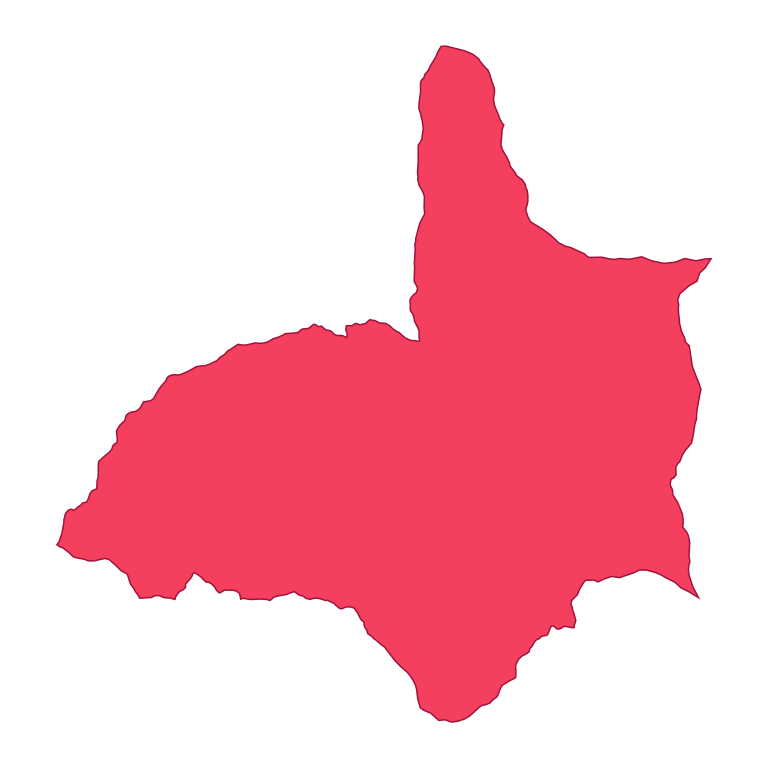 Lauri, Samdrup Jongkhar, Bhutan
{"feature_id": "84629894B60450500664281", "entity_name": "Lauri", "entity_type": "district", "adm_level": 2, "iso_a3": "BTN", "parent_name": "Bhutan", "parent_adm1": "Samdrup Jongkhar", "projection": "natural_earth1", "projection_center": [91.92, 27.142], "detail": "fine", "context": "isolated", "style": "filled", "palette": "rose", "viewbox_px": 768, "rotation_deg": 0, "n_neighbors": 0, "source": "geoboundaries", "source_scale": "gbopen_adm2", "svg_char_len": 6076}
<svg xmlns="http://www.w3.org/2000/svg" viewBox="0 0 768 768"><path d="M56.9,544.7L60.0,546.9L61.9,547.3L64.2,548.8L69.7,553.2L73.3,556.8L76.2,557.7L84.7,559.4L88.3,560.8L93.9,560.9L104.7,558.5L109.0,559.4L115.3,565.0L121.1,570.7L127.3,574.1L130.0,582.7L131.1,584.9L133.6,588.3L135.2,591.3L138.3,595.4L139.7,598.2L151.3,597.5L155.2,595.6L159.6,595.7L164.2,597.7L169.7,598.0L174.9,599.4L175.5,597.4L177.1,594.3L179.6,591.5L182.8,589.9L184.8,588.4L185.6,586.8L185.6,584.1L190.4,578.6L191.9,576.3L193.0,573.5L194.8,572.8L198.6,575.2L201.3,577.3L203.4,579.6L205.9,581.9L208.8,582.4L211.3,583.7L214.6,586.8L216.3,590.0L218.5,592.3L219.5,592.9L221.5,592.0L224.4,590.1L233.4,590.2L236.6,591.3L239.3,593.2L239.8,594.7L240.7,599.1L243.3,598.3L250.1,599.5L259.5,599.1L264.3,599.2L267.9,599.7L269.0,600.3L270.3,600.3L273.9,597.1L278.3,595.9L285.9,594.6L294.1,591.6L299.2,595.1L303.1,596.1L306.0,598.4L310.0,599.3L314.2,598.3L317.6,598.2L322.2,599.3L324.8,600.4L327.9,600.3L332.2,602.7L334.0,603.1L335.4,604.8L339.5,608.4L341.9,608.8L345.9,607.0L350.2,606.9L354.1,608.0L357.8,613.2L359.5,616.9L360.8,619.2L362.2,620.8L363.5,621.5L364.1,623.2L364.2,625.4L365.2,628.1L367.0,630.5L367.6,633.5L371.0,635.8L374.0,638.7L377.1,641.0L381.0,644.6L384.5,647.0L394.8,660.5L400.8,666.7L407.4,672.4L410.8,676.8L413.1,680.4L415.3,684.7L416.6,689.2L417.8,699.4L420.3,707.8L423.4,710.0L427.5,711.9L430.4,712.9L438.7,720.4L445.1,719.8L450.8,721.9L453.4,721.9L458.3,721.1L464.3,719.1L469.7,716.0L479.0,707.5L482.2,705.3L485.3,704.8L489.8,703.1L493.4,699.4L496.6,697.2L498.2,694.5L499.8,689.7L502.1,685.6L503.1,684.7L509.8,680.7L514.0,678.6L515.8,677.1L515.9,670.5L515.6,667.7L515.7,665.4L516.4,663.3L519.1,658.6L522.2,655.9L525.8,654.1L528.1,652.6L529.2,651.4L529.6,650.1L529.8,648.2L530.7,647.8L532.4,645.8L533.9,642.8L535.8,640.3L537.9,639.1L539.3,638.7L541.0,636.8L542.9,636.0L546.4,635.4L547.7,634.6L550.5,627.3L551.8,626.0L552.8,625.9L554.4,626.6L555.8,628.1L557.4,629.0L558.9,629.1L561.6,628.1L563.7,626.4L567.1,626.6L571.6,627.7L574.1,627.6L574.3,625.7L575.8,620.4L574.1,614.1L572.6,609.7L572.3,607.4L571.4,605.4L571.0,602.7L571.5,601.0L573.1,598.9L577.4,594.7L580.0,588.3L584.9,580.9L585.9,580.3L593.1,580.0L595.1,580.5L597.6,581.8L599.3,581.5L600.3,580.7L604.3,578.9L611.5,576.5L619.7,577.6L633.2,573.0L639.5,570.0L646.6,570.1L655.0,572.4L660.4,574.6L667.1,578.4L674.9,582.2L681.1,587.9L689.5,592.1L698.5,597.6L692.9,586.9L689.1,575.5L688.5,570.1L688.7,565.6L689.8,562.2L689.5,558.9L689.0,556.0L689.7,542.6L688.4,535.8L686.7,532.1L682.7,527.1L683.2,523.4L683.1,519.7L682.3,513.8L677.6,502.3L672.7,494.6L672.6,490.3L670.1,484.7L671.0,479.3L673.4,478.1L674.4,477.2L675.3,475.7L676.1,474.9L675.8,466.8L677.9,463.5L680.0,461.2L682.2,455.4L685.0,450.7L691.5,443.1L693.1,436.0L695.0,423.7L696.5,419.2L696.5,415.9L696.9,410.7L699.9,393.9L701.0,389.5L700.4,388.0L699.4,384.6L692.4,366.9L689.2,345.6L685.8,342.6L684.5,337.7L681.5,331.3L679.5,323.1L679.2,318.2L678.6,313.7L678.3,308.5L678.7,304.8L677.6,300.2L679.9,293.6L689.4,285.5L697.0,281.2L699.6,273.0L705.2,267.9L711.1,258.7L705.6,258.9L695.9,260.8L684.7,258.5L675.3,262.2L664.1,263.4L651.6,260.8L641.7,256.8L629.2,259.3L619.9,258.5L614.1,259.4L608.3,258.7L602.0,257.2L589.0,257.4L586.1,255.6L584.8,254.0L570.9,247.6L565.1,246.1L558.5,242.7L554.5,238.7L550.1,234.7L543.1,229.6L530.4,221.7L527.8,216.6L525.7,210.0L527.8,202.0L527.9,195.6L527.2,190.5L525.8,187.6L525.3,184.4L522.3,179.9L516.2,175.3L515.7,173.4L511.5,168.0L510.1,165.9L509.5,163.1L508.3,160.2L506.0,155.7L503.9,152.5L502.2,149.2L500.9,144.8L501.8,135.3L502.0,130.4L503.0,126.8L503.8,124.8L502.1,123.2L499.9,119.1L498.1,114.0L495.5,108.1L494.3,104.4L493.6,100.1L493.9,95.4L494.6,91.7L494.3,88.2L491.7,80.9L489.8,74.5L487.9,70.0L486.1,68.4L482.7,64.6L480.2,61.4L478.5,58.7L474.7,55.7L471.7,53.7L464.1,50.7L446.0,46.1L441.1,46.4L438.1,51.4L435.7,57.2L430.7,65.3L428.3,70.4L425.0,74.2L424.0,77.5L421.3,80.4L420.5,83.5L420.6,92.1L419.8,97.1L419.0,104.3L418.9,108.6L420.3,112.8L422.2,120.6L423.3,128.8L422.1,136.4L422.1,138.3L420.6,141.8L418.2,145.1L418.2,161.3L417.5,173.5L418.0,176.6L417.8,179.9L419.3,185.8L422.7,191.5L424.4,196.2L424.1,207.7L424.7,213.9L419.7,223.4L415.7,238.8L415.7,241.1L414.9,244.2L415.2,250.0L414.3,263.5L414.6,267.2L414.2,279.9L414.4,282.0L416.1,285.0L417.4,287.7L417.3,289.9L416.0,293.0L413.8,294.5L411.1,297.6L410.0,300.1L410.0,301.6L410.3,305.7L410.2,309.2L410.9,311.6L412.7,313.8L413.7,316.7L414.2,318.9L414.4,321.0L418.3,328.7L419.1,331.6L419.0,337.5L419.6,339.6L419.3,341.2L417.7,341.3L415.0,340.5L413.5,340.7L410.4,340.3L405.0,337.8L398.8,332.3L396.4,331.2L393.1,329.0L390.2,326.2L388.0,324.7L385.7,323.5L382.5,323.0L380.7,323.3L378.9,322.6L374.9,320.5L372.8,320.4L370.6,319.7L369.2,320.1L365.4,323.6L360.0,324.7L358.9,324.5L356.9,323.6L355.6,323.4L352.5,325.4L351.3,325.8L347.5,325.6L346.3,325.9L345.8,329.2L345.9,330.3L346.8,332.6L347.2,334.6L347.0,335.9L346.4,337.2L345.5,337.1L342.6,335.6L336.8,335.4L335.4,334.9L334.4,334.3L331.5,331.5L330.4,330.8L326.3,329.9L325.3,329.5L321.5,326.2L318.0,326.5L315.4,324.6L314.3,324.3L313.1,324.7L309.2,328.0L307.9,328.5L302.5,329.0L300.2,330.4L298.6,332.1L297.1,332.7L293.9,333.1L285.3,333.6L282.1,335.5L277.9,337.3L272.9,338.8L269.8,340.8L267.0,342.2L262.5,343.2L259.0,343.3L255.4,342.9L246.2,345.0L242.0,345.0L238.0,344.3L230.1,349.6L228.0,350.6L224.7,354.3L219.9,357.5L216.7,360.8L208.1,364.7L204.4,365.8L200.2,366.0L196.0,366.8L188.3,371.2L182.9,373.6L179.5,374.9L177.1,375.0L175.0,374.7L172.1,374.9L169.0,376.1L167.2,377.6L165.6,381.3L163.2,383.7L159.7,388.1L156.9,392.6L153.8,398.3L150.7,400.7L143.5,401.9L140.3,407.7L138.2,409.9L135.0,411.6L130.5,412.3L127.8,413.9L126.2,415.3L125.2,419.3L124.6,420.8L119.8,425.2L117.5,429.0L116.5,431.3L117.3,439.1L117.0,442.7L114.4,444.0L112.9,445.7L111.8,449.3L108.8,452.6L103.0,457.5L98.8,461.4L98.4,462.8L98.2,477.1L97.1,480.7L96.8,488.7L91.9,490.9L89.9,493.8L88.5,498.2L86.7,502.0L82.5,503.1L80.9,505.0L77.3,507.5L74.5,510.1L70.8,509.2L68.0,510.4L65.5,513.6L63.9,519.8L63.9,522.2L62.0,533.0L59.1,541.7L56.9,544.7Z" fill="#f43f5e" stroke="#9f1239" stroke-width="1.5"/></svg>